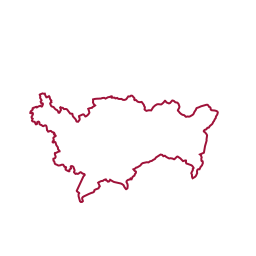 outline of An Nhon, Bình Định, Vietnam, rotated 234°
{"feature_id": "81297802B14138193507010", "entity_name": "An Nhon", "entity_type": "district", "adm_level": 2, "iso_a3": "VNM", "parent_name": "Vietnam", "parent_adm1": "Bình Định", "projection": "natural_earth1", "projection_center": [109.077, 13.858], "detail": "fine", "context": "isolated", "style": "outline", "palette": "rose", "viewbox_px": 256, "rotation_deg": 234, "n_neighbors": 0, "source": "geoboundaries", "source_scale": "gbopen_adm2", "svg_char_len": 5720}
<svg xmlns="http://www.w3.org/2000/svg" viewBox="0 0 256 256"><g transform="rotate(234 128 128)"><path d="M199.3,65.6L199.5,64.4L200.0,63.2L200.0,62.4L198.9,61.7L198.7,59.5L198.4,58.7L197.6,57.8L196.8,58.4L196.6,59.5L196.1,59.7L195.5,59.5L195.1,59.3L194.9,58.7L194.3,58.1L194.0,57.1L193.6,56.4L192.5,56.0L191.6,56.4L190.5,54.7L190.1,54.6L189.3,54.8L187.9,56.1L185.2,55.6L184.8,56.2L184.8,56.8L186.1,58.1L185.9,59.2L185.3,59.6L184.6,59.6L183.9,59.1L183.0,58.7L182.0,59.1L181.4,59.7L179.8,60.1L179.3,60.5L179.0,62.2L178.7,62.7L178.1,63.1L177.3,63.0L176.5,62.7L173.7,61.2L173.2,61.4L172.1,61.2L171.8,61.5L171.4,63.3L170.9,63.9L169.1,64.3L168.4,65.0L167.6,65.4L166.8,65.3L166.7,64.5L166.2,64.4L165.8,64.4L165.2,64.9L164.3,65.0L164.1,64.9L164.0,64.4L164.1,63.6L164.0,62.0L163.3,61.4L161.8,60.9L161.6,60.5L161.4,59.2L160.8,58.7L160.2,58.9L159.9,60.4L159.4,60.8L159.0,60.9L156.2,59.9L153.6,59.9L152.1,59.0L149.5,59.1L149.3,58.9L149.7,58.1L150.2,55.0L150.7,54.3L150.5,53.9L149.5,53.3L147.5,52.7L147.1,52.4L146.6,51.5L146.6,50.5L147.0,49.6L146.7,49.3L145.3,48.5L144.3,48.7L142.6,48.0L141.7,47.9L141.4,48.0L140.2,48.8L139.1,49.3L138.5,49.7L137.7,51.1L137.3,52.7L136.8,53.5L136.3,54.0L133.9,53.8L133.1,54.7L132.5,54.7L132.1,54.3L131.9,53.6L131.1,53.1L130.3,53.3L127.9,54.5L127.5,55.1L127.6,55.4L128.7,56.1L128.8,56.4L128.7,57.6L128.8,58.2L130.3,58.8L130.6,59.4L130.4,59.9L130.0,60.4L128.9,60.9L128.5,60.9L125.3,60.0L124.6,59.4L124.2,58.5L123.9,58.3L122.0,58.5L121.6,58.7L121.4,59.7L120.7,60.0L120.2,60.9L120.2,63.5L119.6,64.0L117.9,64.4L116.5,65.5L115.9,65.6L115.4,65.3L115.0,63.4L107.3,49.6L106.7,49.5L104.1,50.3L103.9,50.2L103.8,49.6L103.3,48.9L101.8,47.9L96.9,46.1L95.8,46.4L95.2,47.4L95.3,48.4L95.4,48.6L96.9,49.0L98.1,49.6L98.4,49.9L98.7,50.8L98.6,52.2L97.6,57.7L96.9,60.6L96.5,61.4L96.4,62.8L96.5,63.3L97.4,64.1L97.4,64.8L97.4,65.4L96.5,68.7L97.2,69.7L97.3,70.8L97.6,71.0L101.3,71.7L101.3,72.5L100.8,75.2L100.0,76.5L100.1,77.7L99.7,79.5L99.3,79.9L98.6,79.5L97.8,80.0L96.3,80.3L96.2,81.1L95.9,81.5L96.6,83.1L93.4,84.5L92.5,85.0L87.4,89.5L86.2,90.2L84.3,90.8L82.4,90.4L79.8,90.4L79.6,90.5L79.5,91.0L79.6,92.1L81.4,93.8L82.9,94.6L85.2,95.0L85.8,95.6L86.0,96.5L86.0,97.6L85.3,99.2L85.7,100.4L85.3,100.6L84.6,100.4L84.4,100.7L85.7,102.9L85.8,103.9L85.7,105.2L86.7,106.6L86.9,107.6L87.6,108.5L88.1,108.8L89.4,108.2L91.4,108.1L91.0,109.8L91.2,111.3L90.7,112.4L90.4,115.9L91.0,118.0L90.9,119.4L89.3,123.0L88.1,124.4L88.1,126.3L87.4,127.9L87.4,129.6L87.1,131.6L87.7,133.3L87.4,138.7L86.1,139.9L84.4,140.0L83.9,141.5L82.0,142.0L79.5,143.2L79.1,143.5L78.6,144.6L77.2,146.0L75.6,146.9L75.5,147.4L76.0,150.7L75.7,151.4L72.6,152.5L68.9,153.0L68.7,153.4L68.4,154.5L67.8,155.7L67.6,155.8L65.9,154.5L64.9,154.4L63.9,155.2L60.6,157.4L59.6,157.7L57.5,157.7L57.1,157.6L56.9,157.2L56.8,156.3L55.9,155.8L54.5,153.0L54.2,152.6L52.6,152.3L51.2,151.3L49.9,150.8L49.3,150.8L49.1,153.7L49.4,154.9L50.8,157.4L52.2,158.2L53.2,159.2L53.4,160.6L52.6,161.6L53.8,163.8L54.3,165.9L55.6,167.9L56.9,168.7L57.4,168.8L57.9,168.2L58.4,168.2L60.2,169.4L61.0,170.4L62.4,170.7L62.9,171.0L64.3,170.7L63.4,174.8L63.5,175.0L68.0,179.6L71.6,184.2L72.6,184.8L75.5,187.6L76.1,187.8L76.9,187.9L79.1,187.8L80.6,187.3L81.0,187.5L81.3,188.2L81.4,188.9L80.9,190.6L81.5,192.4L80.9,193.3L80.8,193.6L81.5,195.4L81.7,198.4L82.4,199.9L82.8,200.5L83.1,201.7L84.1,203.4L84.4,204.7L85.6,205.9L86.4,208.1L87.7,209.7L88.0,209.9L89.0,209.9L90.0,209.4L91.3,208.3L93.1,206.2L93.6,205.9L94.6,205.9L95.5,206.5L96.1,206.6L96.9,206.5L97.5,206.0L99.0,206.2L100.0,206.0L100.7,205.1L102.6,199.9L103.2,197.1L103.7,195.6L103.7,194.9L102.9,193.7L102.0,191.3L100.7,188.9L100.7,187.5L101.0,184.8L101.4,183.9L102.3,183.0L102.9,181.6L103.3,181.3L104.9,181.1L105.5,180.9L106.7,179.8L108.2,179.2L110.0,178.8L111.6,178.8L112.7,178.6L113.1,178.8L114.3,181.4L115.1,182.2L117.7,183.0L119.4,182.9L121.0,181.4L123.0,181.0L123.7,180.5L124.2,180.0L124.2,179.7L123.5,176.7L123.8,175.6L126.0,174.2L128.1,174.1L128.3,173.9L127.7,171.5L127.5,169.3L127.6,168.6L129.3,166.7L129.9,165.8L130.1,165.3L130.3,163.2L130.0,160.6L128.6,157.1L130.1,155.3L131.1,152.9L133.0,152.3L133.3,152.3L134.9,153.9L136.0,153.9L137.3,154.4L140.9,154.4L141.2,154.2L141.7,153.1L142.4,152.2L143.8,151.2L145.7,151.0L146.7,149.7L147.4,149.8L147.9,150.5L148.4,150.7L151.4,150.4L151.9,150.1L152.4,149.4L152.4,148.0L153.4,146.8L152.3,143.5L152.6,142.1L153.0,141.3L154.0,140.3L155.3,139.9L156.3,138.4L157.3,137.3L158.7,136.9L159.2,135.4L159.6,135.1L160.4,135.0L162.2,132.5L162.5,132.5L163.1,133.4L163.5,133.1L164.0,131.1L164.6,130.0L165.0,127.1L166.2,126.6L166.5,126.3L167.3,124.9L167.8,123.3L170.0,120.0L171.1,118.1L171.7,116.5L170.5,115.8L169.3,114.7L167.1,114.3L165.6,114.7L165.5,113.9L165.8,111.4L165.5,110.8L166.6,108.4L166.9,107.1L165.2,106.6L163.3,105.9L163.0,105.6L162.5,104.4L162.2,103.0L162.1,101.5L162.2,100.6L162.4,100.3L164.2,100.2L165.0,100.1L165.3,99.8L165.6,99.3L166.4,95.3L165.7,94.9L164.6,94.7L163.4,94.0L163.0,93.4L162.4,91.3L163.3,90.3L163.7,90.2L165.0,90.6L165.9,90.7L169.6,90.3L170.8,90.6L171.8,91.2L172.2,91.3L173.7,89.7L178.5,89.6L179.3,89.4L180.0,88.8L180.9,87.3L182.6,87.1L183.8,85.9L184.5,85.6L184.4,85.1L182.3,84.5L181.7,84.0L181.5,83.0L181.0,82.4L180.7,81.4L181.2,80.8L183.0,81.2L184.3,81.1L185.0,80.6L186.4,80.2L188.7,80.1L190.2,79.0L191.1,78.8L193.4,79.3L193.8,79.7L193.9,81.3L195.0,81.4L195.3,81.6L195.4,82.1L197.2,82.0L199.5,82.9L200.2,82.8L200.1,81.8L200.6,81.1L200.5,80.4L200.8,80.0L203.1,80.3L204.7,80.9L205.3,79.9L206.2,79.2L206.9,76.5L206.8,76.1L205.2,75.7L204.0,74.6L201.3,74.4L201.1,74.3L200.8,72.9L199.8,72.5L198.5,72.4L198.2,72.7L198.1,73.4L197.7,73.4L197.1,73.0L196.1,71.4L196.0,70.9L196.2,70.6L197.5,70.1L198.1,68.1L198.2,66.4L198.9,66.4L199.3,65.6Z" fill="none" stroke="#9f1239" stroke-width="2"/></g></svg>